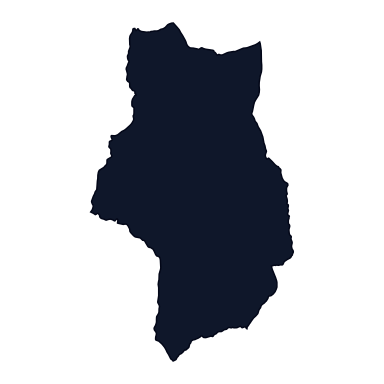 Tibirita, Cundinamarca, Colombia
{"feature_id": "7082276B65306384541735", "entity_name": "Tibirita", "entity_type": "district", "adm_level": 2, "iso_a3": "COL", "parent_name": "Colombia", "parent_adm1": "Cundinamarca", "projection": "robinson", "projection_center": [-73.516, 5.082], "detail": "fine", "context": "isolated", "style": "filled", "palette": "ink", "viewbox_px": 384, "rotation_deg": 0, "n_neighbors": 0, "source": "geoboundaries", "source_scale": "gbopen_adm2", "svg_char_len": 5977}
<svg xmlns="http://www.w3.org/2000/svg" viewBox="0 0 384 384"><path d="M292.3,255.1L292.5,254.0L293.2,252.5L293.3,251.6L293.1,250.7L291.9,248.6L291.5,246.4L291.6,245.4L292.1,243.2L292.1,242.1L290.9,239.0L291.2,237.3L291.2,236.5L290.8,235.9L289.9,235.1L289.4,234.2L289.1,232.4L288.9,230.3L289.0,229.0L289.4,227.7L289.7,226.4L289.6,225.3L289.2,224.6L288.6,224.0L288.4,223.1L288.3,221.9L288.4,219.6L288.9,218.8L289.0,217.2L289.3,216.3L289.0,215.7L288.3,215.3L287.7,214.6L287.6,213.9L288.4,210.5L287.8,208.3L288.3,206.3L288.3,205.2L288.1,204.7L286.9,203.8L287.3,201.7L287.3,200.7L287.1,199.1L286.2,196.2L286.1,195.4L287.0,194.4L287.2,193.9L286.5,191.1L286.5,188.4L286.8,187.2L287.9,185.2L287.7,183.8L287.1,183.2L284.5,181.7L283.7,180.8L282.8,179.4L282.0,177.7L280.8,173.2L280.7,172.1L280.9,170.7L280.8,169.7L280.1,168.8L279.0,167.9L278.3,166.7L276.8,166.2L275.0,164.7L272.2,161.6L268.8,158.3L268.3,158.2L267.4,159.1L266.8,159.0L266.4,158.5L265.6,157.0L265.3,155.8L265.4,154.5L266.4,151.5L266.2,150.4L265.6,149.2L264.9,145.7L263.9,143.0L262.8,137.0L260.6,130.9L258.1,126.7L256.9,123.4L255.1,121.2L254.4,118.9L253.6,117.2L252.3,115.4L251.7,114.2L251.8,113.0L252.4,111.4L253.7,104.9L254.4,102.2L255.6,99.9L258.6,95.1L259.2,92.3L259.4,89.6L259.1,85.6L259.2,82.3L260.1,76.3L261.4,71.9L261.7,69.2L261.7,65.1L261.4,61.7L261.2,50.5L260.2,43.6L259.7,42.0L257.7,43.5L255.4,44.8L247.6,47.6L246.4,47.9L243.3,48.2L235.1,51.6L233.6,51.5L228.8,52.3L227.1,52.8L222.3,55.0L220.5,55.0L218.9,54.4L217.6,55.0L217.3,55.0L216.6,54.6L215.8,53.3L215.0,52.4L214.1,51.9L213.9,51.6L213.8,50.9L213.0,50.3L205.6,49.2L203.5,48.6L202.5,48.0L201.7,47.8L201.1,47.9L199.2,49.2L198.2,49.3L197.2,48.9L193.2,48.1L190.7,48.0L189.7,47.7L188.2,46.5L187.4,45.6L186.6,44.1L185.8,41.6L185.0,39.9L182.6,35.6L180.6,32.5L179.2,29.8L177.3,27.5L173.3,23.0L171.4,23.2L168.9,24.1L167.7,24.8L165.3,27.4L163.9,28.3L163.0,28.8L160.8,29.3L158.4,30.7L156.9,31.0L154.0,31.0L153.3,31.3L150.9,31.5L150.1,32.1L148.8,32.0L146.6,32.2L141.5,31.5L139.2,30.5L138.4,29.0L137.6,28.9L137.2,29.6L136.1,30.6L134.8,28.5L133.9,28.5L132.9,29.1L132.9,30.2L132.4,32.2L130.3,35.4L129.9,36.6L129.6,38.6L129.8,44.5L130.2,46.0L130.1,47.3L128.6,51.3L128.6,53.4L128.4,54.0L127.5,56.0L127.5,56.8L127.7,58.6L128.1,59.8L129.0,61.5L128.9,62.1L128.3,63.1L127.3,66.0L126.4,67.8L126.2,69.1L126.8,71.2L127.5,74.0L127.4,75.1L127.0,76.8L126.9,78.0L126.7,78.9L126.7,79.8L127.7,81.3L129.0,82.1L129.5,82.7L129.7,83.6L129.7,85.8L129.8,86.9L130.3,87.8L130.9,88.1L131.4,88.7L132.2,90.0L132.8,90.5L134.1,90.8L134.9,91.5L135.1,92.1L134.8,93.0L135.5,93.8L136.1,94.8L136.0,95.3L135.3,95.2L134.9,95.4L132.6,99.1L132.2,100.3L131.9,101.7L131.9,104.7L132.0,105.9L132.5,106.5L133.6,107.3L134.0,108.0L134.0,113.1L133.8,114.9L133.2,115.7L133.2,116.5L133.7,118.5L133.7,119.5L133.4,120.5L132.3,122.5L131.2,124.1L130.0,125.4L125.9,129.1L124.3,130.3L121.8,131.5L117.6,134.9L115.4,135.7L114.4,135.8L111.9,135.6L111.5,135.6L111.2,135.9L111.1,136.4L111.3,137.4L112.1,139.2L112.1,140.1L111.7,140.5L109.8,141.3L109.4,141.9L109.4,144.4L108.9,146.5L109.1,147.2L110.7,148.8L110.9,149.3L111.0,151.2L110.8,153.3L111.0,154.0L111.8,155.5L111.7,156.5L111.3,157.1L107.9,159.1L107.2,159.6L107.0,160.4L107.0,162.2L106.9,163.8L105.6,165.7L105.1,165.9L103.9,167.4L99.4,170.2L98.7,171.4L98.3,172.7L97.9,175.1L97.8,178.5L97.4,181.0L96.8,189.6L95.2,191.9L94.6,193.9L93.4,196.2L91.6,201.2L91.7,202.2L92.3,203.9L93.0,205.0L93.2,206.1L93.2,206.8L92.3,209.7L90.7,212.0L93.4,213.3L95.3,214.6L96.6,214.0L97.1,213.5L97.8,213.3L98.4,213.7L99.6,215.3L99.7,216.4L100.0,217.2L100.6,217.9L101.6,218.5L104.1,219.2L105.6,220.0L106.4,220.1L108.1,219.5L110.1,219.1L112.3,219.6L114.3,220.8L114.9,220.9L116.3,219.3L116.8,219.0L117.2,219.0L117.7,219.5L117.9,220.4L117.5,223.0L117.8,223.2L123.3,224.4L124.8,224.1L126.2,224.1L127.1,224.6L128.2,226.1L129.6,228.8L130.0,231.5L131.1,233.0L133.6,235.7L135.2,236.9L140.3,237.9L142.6,240.2L144.0,240.4L144.9,241.2L145.9,243.1L148.0,246.6L149.0,247.3L150.7,247.6L153.1,249.2L154.3,251.4L155.7,254.6L156.7,255.9L157.8,256.2L159.4,257.0L160.1,258.5L160.4,260.3L160.8,267.7L160.6,269.2L159.2,274.0L159.0,279.7L158.5,282.0L158.2,284.3L158.7,287.7L158.7,293.6L158.7,295.7L157.8,301.6L157.8,302.3L158.1,303.1L159.2,305.1L159.5,306.7L159.1,308.7L159.0,311.8L158.9,312.6L158.2,314.2L156.8,316.4L156.6,317.1L156.5,319.3L156.5,322.0L156.3,323.1L155.6,325.3L154.3,327.6L154.1,328.5L154.4,329.9L155.7,331.7L156.4,333.0L156.3,334.8L155.7,337.1L155.6,338.6L155.6,339.3L156.0,340.1L158.8,341.1L161.9,343.9L163.4,345.7L164.7,347.4L166.0,349.7L167.1,352.1L168.6,354.5L170.8,358.9L172.2,359.9L173.1,361.0L174.9,360.2L176.0,359.5L177.0,357.5L178.2,356.2L179.0,354.9L179.5,354.4L181.6,353.4L182.5,352.3L183.3,351.8L184.0,350.6L184.6,350.1L185.0,349.9L185.7,350.1L188.2,348.0L188.9,347.2L189.6,344.2L190.8,342.7L191.0,341.7L191.5,340.9L192.2,340.4L193.4,339.8L194.8,339.6L196.7,338.7L198.0,338.2L200.2,336.9L201.0,336.1L201.6,335.9L202.2,336.1L203.3,337.2L203.9,337.5L205.8,337.6L210.9,336.1L212.5,336.5L213.0,336.3L214.2,334.6L216.3,333.6L217.3,332.4L218.1,331.9L219.0,331.6L221.2,331.6L222.4,331.0L224.0,329.8L226.6,329.2L227.8,328.0L228.5,327.6L229.2,327.4L230.9,327.8L231.6,327.8L232.6,327.3L233.5,327.7L234.4,327.8L236.9,327.7L239.3,326.6L240.5,326.4L240.9,326.6L241.9,327.6L242.3,327.7L244.8,326.8L245.4,326.9L245.8,327.3L246.0,327.9L246.9,328.7L247.1,327.9L247.1,326.7L248.1,325.9L249.8,323.1L250.2,322.9L250.9,321.6L253.5,318.0L255.7,316.0L257.8,313.6L258.8,310.3L259.3,309.3L260.5,307.7L261.1,305.8L261.5,305.2L262.3,304.4L264.4,302.9L265.7,301.4L266.2,301.1L267.9,298.4L268.2,297.1L268.8,296.2L269.7,295.8L270.7,295.8L271.4,295.4L273.3,293.9L275.1,291.6L276.2,289.2L276.9,287.1L276.9,285.8L276.9,282.5L276.6,280.9L275.6,277.8L272.2,269.3L271.4,266.1L274.1,265.2L275.7,265.4L276.5,265.0L278.5,265.3L280.4,264.8L282.1,264.9L282.7,264.6L283.0,264.2L284.0,262.0L284.5,261.4L287.2,259.5L290.1,258.0L290.7,257.4L291.2,256.7L291.6,255.7L292.3,255.1Z" fill="#0f172a" stroke="#020617" stroke-width="1.5"/></svg>